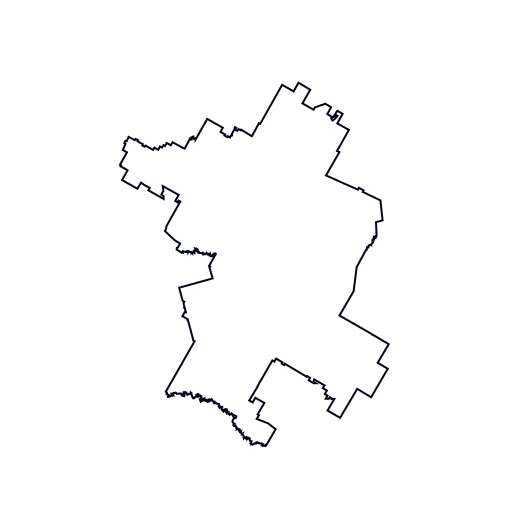 Carrathool, New South Wales, Australia, rotated 22°
{"feature_id": "25037944B9270414762897", "entity_name": "Carrathool", "entity_type": "district", "adm_level": 2, "iso_a3": "AUS", "parent_name": "Australia", "parent_adm1": "New South Wales", "projection": "albers", "projection_center": [145.4, -33.626], "detail": "fine", "context": "isolated", "style": "outline", "palette": "ink", "viewbox_px": 512, "rotation_deg": 22, "n_neighbors": 0, "source": "geoboundaries", "source_scale": "gbopen_adm2", "svg_char_len": 6125}
<svg xmlns="http://www.w3.org/2000/svg" viewBox="0 0 512 512"><g transform="rotate(22 256 256)"><path d="M103.4,235.8L120.8,238.0L122.0,231.0L125.3,231.9L132.0,232.7L131.6,235.4L149.0,237.7L147.8,235.0L145.2,234.6L145.7,230.2L143.4,226.1L161.4,228.3L160.5,235.2L163.1,235.6L163.4,233.7L165.4,233.9L161.8,262.1L162.5,264.8L162.2,267.0L175.2,272.0L181.0,272.8L180.4,277.3L179.6,278.1L180.0,279.8L185.8,280.7L185.8,280.3L186.8,280.3L186.4,279.8L186.8,279.4L186.6,278.9L188.4,278.7L188.6,279.5L188.6,278.8L189.7,278.7L189.8,277.9L190.7,277.6L190.6,277.1L191.3,277.0L191.1,277.2L191.5,277.8L191.5,277.4L192.0,277.4L191.9,276.8L194.6,277.0L194.5,276.2L194.9,277.1L195.0,276.7L195.5,277.0L195.3,276.6L195.5,276.8L195.8,276.7L195.5,276.3L195.9,276.5L196.1,275.7L196.2,276.2L197.1,276.3L196.7,275.5L197.2,275.6L196.9,275.2L197.5,274.5L197.2,274.6L197.0,274.2L197.5,274.2L197.5,273.3L198.1,273.1L197.2,272.2L197.8,272.3L197.5,271.7L197.9,272.0L197.9,271.5L199.4,271.8L199.2,272.7L200.7,273.3L200.4,273.8L201.3,273.9L201.3,274.5L202.0,274.4L201.9,273.8L203.0,274.3L204.5,273.5L205.2,273.8L205.4,273.2L205.9,273.7L205.9,273.2L206.7,273.2L206.4,274.0L206.9,274.1L208.2,273.4L208.1,272.8L209.5,272.4L209.4,271.8L211.0,272.7L211.3,271.8L212.2,272.1L212.4,271.5L212.7,272.5L213.1,272.1L213.9,272.4L214.2,273.2L214.9,272.9L214.7,272.5L215.6,272.0L215.1,271.8L215.4,270.7L216.3,270.3L216.3,269.5L217.5,269.5L217.5,268.9L218.0,269.0L216.2,282.9L217.4,283.1L217.2,284.2L224.2,293.0L196.6,314.2L204.9,325.1L206.7,325.3L206.5,327.0L208.8,330.2L208.7,330.9L209.5,331.0L212.0,334.4L211.0,334.6L210.4,339.4L216.3,340.2L216.2,340.8L216.9,340.9L229.6,357.8L231.0,358.0L223.2,415.6L224.7,416.2L224.8,417.5L226.9,417.6L227.0,418.8L227.8,418.3L227.8,419.2L228.9,418.4L229.2,417.6L230.8,417.1L230.8,416.7L229.6,417.0L229.7,416.1L231.0,416.0L230.2,415.5L230.7,415.0L230.0,414.9L230.6,414.6L230.7,414.0L232.7,412.8L234.3,413.4L237.9,411.6L238.5,412.4L239.9,411.9L239.9,413.1L242.0,412.9L242.0,412.0L240.3,411.0L240.4,410.1L239.9,409.5L240.5,409.1L240.7,409.9L241.2,410.0L241.4,408.9L242.6,408.7L243.6,410.3L244.5,410.3L245.4,408.9L246.7,408.6L246.5,407.0L247.6,407.3L248.0,408.8L248.9,409.1L249.3,410.2L251.2,411.5L252.1,410.7L251.8,410.1L253.4,408.8L252.7,407.1L253.5,406.6L253.6,405.8L254.4,405.8L253.9,407.3L255.0,408.3L255.9,407.3L256.9,407.1L256.8,406.3L257.7,406.4L258.5,407.6L258.2,408.3L258.7,408.7L257.6,409.9L259.4,411.8L260.0,410.9L259.8,410.3L260.9,409.8L260.4,408.5L261.5,407.3L262.0,408.8L262.8,408.4L262.7,409.2L263.8,409.2L264.2,408.6L265.7,409.5L267.0,408.6L266.5,408.7L265.2,407.6L265.6,407.0L266.4,406.4L267.5,407.5L268.1,406.0L268.6,406.7L269.3,406.6L269.4,405.9L270.6,406.8L271.9,406.6L271.7,408.5L271.9,407.9L272.3,408.3L273.5,407.8L273.9,407.1L274.9,407.6L277.0,407.0L277.3,407.9L278.1,408.2L277.7,409.5L279.3,410.4L279.2,409.7L281.2,408.5L281.9,411.4L284.3,412.5L284.7,411.5L283.8,410.6L285.2,409.3L286.2,409.1L287.2,410.1L286.4,410.7L287.1,411.3L286.7,411.7L287.3,412.3L287.4,411.4L288.1,411.4L288.3,412.8L289.0,412.7L288.6,412.3L289.4,411.3L290.1,412.8L290.8,413.0L290.7,412.2L291.7,412.3L292.3,411.0L293.0,411.4L292.8,411.9L293.6,411.7L294.3,412.6L295.2,411.8L297.9,412.0L297.9,413.8L296.0,414.2L296.5,414.7L295.9,417.0L296.5,418.9L298.9,419.6L298.1,420.2L298.3,421.3L299.8,421.9L300.7,421.1L301.8,421.8L302.1,422.9L303.1,422.9L303.2,424.0L304.3,422.9L305.8,422.8L306.2,423.4L305.7,424.3L307.0,425.3L307.8,424.3L307.9,425.1L309.4,426.5L310.0,425.7L310.0,426.8L310.8,426.4L311.6,427.0L312.2,427.8L312.2,428.5L312.9,428.5L313.2,429.5L313.7,428.5L314.5,428.9L314.9,427.4L315.5,427.5L316.4,429.2L317.4,427.3L318.1,427.9L318.7,427.7L318.7,428.6L319.6,429.6L321.3,429.4L321.5,430.9L321.0,431.9L322.0,432.6L322.5,431.9L323.4,432.2L325.1,430.1L325.9,430.0L325.7,429.4L326.2,428.7L326.9,428.9L327.2,428.2L328.6,428.7L329.1,428.1L330.1,428.3L331.4,427.6L331.9,428.1L332.8,428.0L332.3,429.4L333.8,429.5L334.2,428.8L335.7,428.7L335.6,427.7L336.4,427.7L339.1,409.2L329.8,406.6L317.7,406.8L318.4,402.5L316.8,402.3L318.8,389.1L308.5,387.7L307.8,393.0L303.8,392.5L306.5,376.1L306.2,375.9L310.3,346.7L312.6,347.1L313.1,343.6L320.4,344.7L320.2,346.2L322.9,346.6L323.1,345.1L348.3,349.0L348.5,348.2L351.8,348.7L351.4,351.5L357.1,352.4L359.0,351.6L356.4,351.2L356.2,348.6L368.0,350.3L367.5,353.5L372.1,354.2L371.5,358.2L374.6,358.7L374.1,362.2L376.9,361.2L377.2,359.3L379.5,359.7L379.6,360.2L382.2,359.2L380.2,372.5L394.6,374.5L399.6,341.3L415.7,343.8L420.4,311.2L408.8,309.4L412.1,288.0L394.1,285.3L393.9,286.3L393.7,285.2L355.7,279.9L359.7,252.1L353.5,228.5L355.7,209.2L356.3,208.8L355.7,206.5L356.6,206.4L356.9,205.6L356.3,205.3L357.1,203.3L358.7,203.0L358.2,202.4L359.1,200.9L359.0,199.9L359.4,199.6L358.8,198.7L358.4,198.9L358.0,197.7L358.6,197.5L357.9,196.8L358.9,197.1L359.2,196.7L358.3,195.7L358.9,195.3L358.3,194.3L359.6,194.5L359.3,193.8L359.8,193.8L359.5,193.3L360.0,192.9L359.7,192.4L360.2,192.1L354.6,179.7L360.0,175.5L350.5,157.8L331.0,156.6L331.2,154.9L325.9,154.2L325.6,156.3L290.7,155.1L294.4,128.4L291.8,128.3L294.9,104.3L281.7,102.6L283.1,91.8L277.0,90.9L275.8,96.8L277.2,97.0L277.7,95.3L279.0,95.5L277.6,99.8L276.1,101.7L274.1,100.1L275.2,98.7L268.9,97.7L269.9,89.9L263.2,88.9L255.0,96.1L254.6,98.8L241.9,97.1L244.0,81.5L230.5,79.4L229.2,89.3L216.1,87.5L210.4,131.9L209.0,131.7L207.3,146.5L194.9,144.4L194.8,145.2L192.2,144.9L191.9,146.9L189.4,146.6L189.7,144.5L188.3,144.3L188.2,145.1L188.7,145.2L187.9,152.1L188.6,152.7L188.5,153.4L187.7,153.9L187.5,155.8L185.0,155.5L184.9,156.5L181.6,156.1L181.8,154.9L176.6,154.2L177.2,149.5L159.4,147.2L156.4,170.7L156.0,169.7L155.5,169.6L155.1,170.4L154.3,170.1L154.0,170.7L153.2,168.7L152.4,169.3L152.4,170.3L151.6,170.5L152.0,172.1L150.8,172.1L151.1,172.6L150.8,172.6L149.6,183.3L136.0,181.8L135.5,185.2L130.8,184.7L130.4,188.1L128.7,187.9L128.3,190.6L125.9,190.4L125.5,194.1L121.2,193.6L120.8,196.2L112.2,195.0L111.8,196.4L109.2,196.2L109.2,194.7L103.3,194.1L103.3,192.8L100.6,192.6L100.3,193.9L93.2,193.3L93.1,197.9L91.8,198.0L91.6,200.7L93.0,200.9L92.8,207.6L97.5,208.2L95.7,222.4L97.0,222.6L96.9,223.6L104.8,224.6L103.4,235.8Z" fill="none" stroke="#020617" stroke-width="2"/></g></svg>